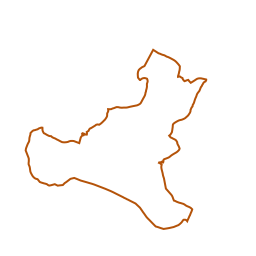 Ku'aydinah, Hajjah, Yemen (Natural Earth projection), rotated 291°
{"feature_id": "15242507B26169260519546", "entity_name": "Ku'aydinah", "entity_type": "district", "adm_level": 2, "iso_a3": "YEM", "parent_name": "Yemen", "parent_adm1": "Hajjah", "projection": "natural_earth1", "projection_center": [43.351, 15.819], "detail": "fine", "context": "isolated", "style": "outline", "palette": "amber", "viewbox_px": 256, "rotation_deg": 291, "n_neighbors": 0, "source": "geoboundaries", "source_scale": "gbopen_adm2", "svg_char_len": 5682}
<svg xmlns="http://www.w3.org/2000/svg" viewBox="0 0 256 256"><g transform="rotate(291 128 128)"><path d="M51.4,87.6L53.8,88.6L55.5,89.8L59.9,92.5L62.1,95.7L62.1,98.6L62.0,102.3L62.0,102.8L62.1,103.8L62.6,109.6L62.7,111.1L63.0,114.3L63.0,114.5L63.1,116.6L63.1,119.8L63.1,125.4L63.1,127.9L63.1,128.1L63.1,128.3L62.9,134.6L62.8,136.0L62.7,137.3L62.5,139.2L62.4,140.2L61.6,148.5L61.5,148.8L61.3,151.4L61.1,152.8L61.1,153.3L61.1,153.6L60.8,156.1L60.4,160.2L60.2,162.1L57.9,167.7L57.7,168.0L55.6,171.1L55.2,171.6L53.8,173.8L51.5,177.2L50.5,179.2L50.0,180.4L48.0,184.7L46.0,189.1L46.2,191.4L46.3,194.4L46.5,197.4L48.4,200.7L49.5,202.5L51.9,206.1L55.0,209.4L55.4,209.9L57.3,211.0L59.0,211.8L60.4,212.2L61.5,212.4L62.4,213.0L62.9,214.5L62.9,215.3L62.5,216.2L62.2,216.7L63.2,216.7L64.6,216.8L65.1,216.8L65.9,216.9L67.1,216.9L68.3,217.0L68.5,217.1L69.9,217.1L71.2,217.1L72.5,217.2L73.8,217.2L75.1,217.1L75.8,215.5L76.1,214.1L76.2,212.6L76.2,211.3L76.4,209.7L76.8,208.3L77.0,207.0L76.9,205.6L76.8,204.0L76.6,202.5L76.6,201.1L76.6,199.7L76.8,198.3L76.7,196.9L78.0,195.7L79.4,194.5L80.4,193.5L81.1,192.5L85.0,185.1L93.9,179.6L95.1,178.6L96.4,177.6L97.1,177.2L97.5,176.9L97.8,176.8L98.8,176.1L99.8,175.4L100.9,174.6L102.1,173.8L103.2,173.2L104.4,172.8L105.8,172.6L106.7,170.1L106.6,169.4L107.0,169.4L108.1,171.5L108.1,172.6L108.3,173.1L108.5,173.1L108.7,172.4L109.0,172.0L109.3,172.3L109.5,172.4L109.4,172.6L109.5,173.0L110.0,172.9L110.4,172.7L110.9,172.6L111.3,172.7L111.9,173.0L112.8,174.1L113.8,175.2L114.8,176.3L115.8,177.1L116.9,177.7L118.1,178.4L119.2,179.2L120.5,180.2L121.6,181.1L122.6,181.9L123.7,182.6L125.0,183.2L126.2,183.6L127.4,183.5L128.5,182.5L129.4,181.6L130.3,180.5L131.2,179.6L132.4,179.0L132.5,178.8L133.2,178.0L133.9,176.8L134.1,175.5L134.2,174.1L134.4,172.7L134.5,171.1L135.6,169.2L137.1,170.0L138.3,170.2L139.6,170.5L140.8,170.3L142.3,170.0L143.5,169.7L144.9,169.4L146.1,169.0L147.4,168.7L148.6,169.1L149.7,169.8L150.9,170.7L152.1,171.7L153.1,172.6L154.1,173.8L154.9,175.1L155.8,176.1L156.8,177.1L157.8,177.9L159.2,178.6L160.5,179.3L161.8,179.8L163.3,180.1L164.6,180.4L166.2,180.3L167.4,179.9L168.7,180.0L169.9,180.0L171.2,180.5L172.6,180.2L172.9,180.2L174.4,180.5L175.7,180.5L177.1,180.4L178.5,180.3L179.4,180.3L179.9,180.3L181.2,180.4L182.6,180.4L183.8,180.3L185.0,180.4L186.5,180.8L188.0,181.3L189.3,181.4L190.8,181.4L192.1,181.4L193.5,181.8L194.9,181.9L196.2,182.2L196.9,182.2L198.2,182.7L198.7,183.1L199.1,183.6L199.6,183.7L200.3,183.9L200.9,183.8L201.0,183.8L201.1,183.7L201.3,183.6L201.3,183.3L201.0,181.8L201.0,181.3L200.8,180.2L200.7,179.6L200.6,178.7L200.2,177.4L199.6,176.1L198.8,175.0L197.8,174.2L196.5,173.3L195.3,172.4L194.2,171.6L192.7,170.4L193.7,168.3L194.5,167.0L193.7,165.9L192.0,164.1L192.2,163.3L193.2,161.7L194.2,160.9L194.2,160.4L194.3,159.4L194.5,158.6L194.7,158.0L194.6,157.6L194.4,157.3L193.7,156.4L194.3,156.1L195.2,156.1L196.2,156.0L197.4,155.9L198.8,155.6L200.0,155.5L201.5,155.2L202.7,154.8L204.2,154.3L205.0,153.1L205.8,151.7L206.2,150.9L206.4,150.5L207.0,149.3L207.5,148.0L207.9,146.3L208.1,144.8L208.3,143.3L208.5,141.6L208.6,139.8L208.5,138.4L208.8,136.9L208.9,135.5L208.7,134.0L208.7,132.6L208.8,131.2L208.7,129.7L210.0,123.5L191.8,121.2L191.4,120.9L190.8,120.3L189.6,119.2L188.4,118.5L187.4,117.8L187.0,117.7L186.1,117.3L184.8,117.2L183.6,117.3L182.6,117.6L182.3,117.6L181.1,118.1L179.8,118.7L178.6,119.3L177.1,121.8L177.2,122.2L177.6,122.4L178.7,123.0L179.8,124.1L180.5,125.3L180.8,126.7L180.8,128.1L179.8,129.0L178.7,129.6L177.5,129.8L176.2,129.8L175.0,130.2L173.6,130.8L172.4,131.1L171.1,131.3L169.7,131.4L168.4,131.7L167.2,131.7L165.9,132.0L164.4,132.1L162.7,131.9L161.4,131.7L160.0,131.5L158.3,131.3L156.8,131.1L155.6,130.9L154.5,130.3L153.3,129.3L152.3,128.2L151.5,126.9L151.1,126.3L150.6,125.5L149.9,124.4L149.0,123.0L148.2,121.8L147.4,120.7L146.7,119.6L146.1,118.3L145.6,116.9L145.0,115.6L144.8,115.2L144.5,114.3L144.1,112.8L144.1,112.4L143.9,111.1L143.4,109.8L142.4,108.7L141.4,107.6L140.6,106.5L139.6,105.6L138.8,103.8L138.5,102.7L138.3,102.8L138.2,102.8L138.0,103.0L137.8,103.0L137.7,103.1L137.4,103.2L137.2,103.3L136.9,103.4L136.7,103.5L135.6,103.5L135.1,103.4L133.9,103.4L133.1,103.7L132.7,103.9L131.4,104.2L130.0,104.1L128.8,103.8L127.5,103.5L126.3,102.9L125.5,102.6L125.3,102.5L125.1,102.4L123.6,101.7L122.3,101.0L121.1,100.2L120.7,99.9L120.5,98.5L119.7,97.2L118.4,96.4L116.3,94.8L114.6,93.5L114.6,93.4L113.6,92.5L112.6,92.3L111.9,92.2L111.2,92.2L110.9,92.0L110.3,91.5L109.5,90.9L108.4,91.6L108.0,91.7L107.1,91.9L107.0,91.7L106.7,90.9L106.7,90.6L106.8,90.0L106.9,89.6L106.9,88.9L106.9,88.2L106.8,87.4L106.0,87.2L105.8,87.5L105.9,88.0L105.9,88.5L105.9,88.8L105.7,89.0L105.3,89.2L105.2,89.1L105.1,88.7L104.9,88.3L103.9,87.7L102.3,87.3L96.4,87.9L96.4,81.9L95.9,80.5L95.3,79.0L94.5,77.9L93.6,77.0L92.8,75.8L92.1,74.4L91.6,73.1L91.2,71.6L91.3,70.3L91.3,70.1L91.5,68.6L91.7,67.1L91.8,65.6L92.1,63.9L92.1,62.4L92.2,60.7L92.8,59.2L92.3,57.4L92.4,55.9L92.6,54.3L92.9,52.8L93.0,51.3L93.8,50.3L94.7,49.4L95.8,48.7L97.0,48.3L97.6,48.0L97.3,46.9L96.4,45.8L95.5,44.8L94.4,44.1L93.6,43.0L92.6,41.8L91.9,40.6L90.9,39.9L89.6,39.3L88.3,38.8L87.9,38.9L87.1,39.2L85.8,39.3L84.5,39.4L83.2,39.6L82.0,40.0L80.4,40.4L79.2,40.4L78.0,40.2L76.7,40.1L75.5,40.1L74.2,40.1L73.0,40.1L71.8,40.2L71.0,40.4L70.4,40.5L69.4,41.4L68.2,42.5L67.2,43.4L66.1,44.4L64.9,45.5L63.9,46.3L62.5,46.9L61.1,47.4L59.6,47.8L58.4,48.3L57.5,49.2L56.5,50.1L55.2,50.9L54.2,51.4L53.9,51.6L52.6,52.3L51.6,53.1L50.5,54.3L49.5,55.5L48.9,56.3L48.7,56.6L48.0,58.1L47.7,59.1L47.6,60.1L47.8,61.9L46.0,65.0L46.0,66.5L46.1,68.0L46.2,69.4L46.4,70.9L46.5,72.3L46.1,73.6L46.0,75.0L46.8,76.4L49.3,79.8L49.0,83.1L49.6,84.1L51.4,87.6Z" fill="none" stroke="#b45309" stroke-width="2"/></g></svg>